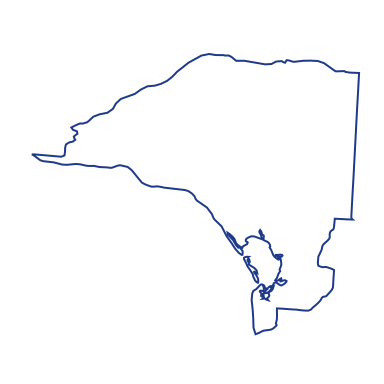 the State of Campeche, rotated 273°
{"feature_id": "MEX-2722", "entity_name": "Campeche", "entity_type": "State", "adm_level": 1, "iso_a3": "MEX", "parent_name": "Mexico", "parent_adm1": "", "projection": "equal_earth", "projection_center": [-91.225, 19.313], "detail": "fine", "context": "isolated", "style": "outline", "palette": "blue", "viewbox_px": 384, "rotation_deg": 273, "n_neighbors": 0, "source": "natural_earth", "source_scale": "10m", "svg_char_len": 5218}
<svg xmlns="http://www.w3.org/2000/svg" viewBox="0 0 384 384"><g transform="rotate(273 192 192)"><path d="M320.7,337.8L320.0,338.9L319.5,343.2L319.6,352.6L302.0,352.6L284.3,352.5L266.7,352.5L249.1,352.5L231.5,352.5L213.9,352.5L196.3,352.4L178.7,352.4L175.2,352.4L173.6,353.0L172.9,353.9L172.8,348.6L172.8,343.3L172.8,338.0L172.8,336.0L168.0,335.8L165.7,335.7L163.4,335.5L162.3,335.2L161.6,334.5L161.0,333.6L160.1,332.6L158.7,331.9L157.1,331.7L155.5,331.8L154.0,331.9L152.5,331.5L151.0,330.3L149.5,328.9L148.3,327.6L146.9,326.3L145.6,325.4L144.2,324.9L142.4,324.7L140.9,324.4L139.6,323.9L138.2,323.3L136.7,322.7L135.8,322.3L134.9,321.9L134.0,321.6L133.0,321.5L131.2,321.5L128.9,321.4L126.6,321.5L125.0,322.1L124.8,322.6L124.4,323.6L124.1,324.7L123.9,325.4L123.8,326.5L123.9,327.8L124.1,328.9L124.1,329.8L123.7,331.7L123.0,334.3L122.1,336.8L121.5,337.9L117.6,337.9L113.7,337.8L109.8,337.8L105.9,337.8L103.3,337.6L100.8,336.2L98.4,334.3L96.2,332.5L94.9,331.4L94.5,329.8L94.1,328.1L92.6,326.9L91.4,326.5L90.3,325.8L89.3,325.0L88.3,324.2L86.4,322.4L84.6,320.5L82.8,318.6L80.8,316.9L79.6,314.4L79.5,310.3L79.7,305.8L80.0,302.6L80.0,297.7L80.1,292.8L80.2,287.9L80.2,282.9L76.6,283.1L72.8,283.4L69.0,283.4L65.4,282.7L64.7,282.8L64.1,283.2L63.6,283.5L62.7,283.1L62.1,282.4L61.4,281.7L60.8,281.1L60.1,280.4L58.9,278.5L58.2,275.9L57.8,273.2L57.2,270.6L56.3,268.8L55.1,266.8L54.1,264.7L53.3,262.9L59.8,260.5L68.8,259.8L77.3,258.8L87.4,257.2L93.9,257.5L96.3,258.3L98.5,261.4L102.8,265.1L103.3,265.8L103.3,267.0L102.8,268.3L102.0,269.2L101.1,269.4L101.5,268.7L101.7,268.0L100.8,268.5L99.8,268.7L97.6,268.8L96.8,268.3L96.9,267.1L97.2,265.9L96.7,265.0L96.2,264.9L95.7,265.2L94.1,266.9L93.7,266.9L93.4,266.6L92.6,266.4L91.5,266.7L91.3,267.3L91.8,267.8L92.9,268.0L92.9,268.8L91.9,269.1L90.9,269.2L89.9,268.8L89.1,268.0L89.2,268.6L89.2,269.1L89.3,269.5L89.6,270.2L89.0,270.9L88.5,271.7L88.2,272.7L87.9,273.8L88.4,273.4L89.6,272.4L91.1,273.9L91.9,274.4L92.9,274.6L94.7,273.9L95.8,273.7L96.2,274.2L96.8,275.6L98.0,276.9L99.6,277.8L101.1,278.2L99.0,276.1L96.7,274.3L95.0,272.1L94.6,268.8L96.2,269.8L97.1,270.8L98.1,271.1L100.0,270.2L99.0,272.4L100.1,272.9L101.1,273.7L101.9,274.8L102.2,276.1L101.1,275.4L101.0,275.7L101.0,276.0L100.6,276.1L102.0,277.3L105.2,278.5L106.1,279.8L105.8,281.3L103.8,284.4L103.3,286.0L104.0,287.4L105.4,289.3L107.0,290.8L108.0,291.1L108.8,289.4L108.4,287.9L107.7,286.2L107.1,284.2L107.8,285.1L108.6,285.6L109.5,285.8L110.4,285.6L109.6,284.2L108.4,282.9L107.7,281.4L108.3,279.8L110.3,281.2L115.2,282.8L117.6,284.2L119.1,283.5L122.7,284.7L124.7,285.0L128.6,284.3L130.4,283.7L131.8,282.7L131.9,284.2L132.5,285.3L133.2,285.7L134.0,285.0L134.1,283.7L133.6,280.5L133.5,279.0L132.9,279.0L132.8,279.6L132.5,280.4L132.4,281.2L131.5,281.3L129.4,282.5L129.0,282.0L129.4,280.9L131.2,278.3L131.8,277.6L133.7,276.2L138.3,274.1L140.6,272.4L141.8,273.0L143.2,272.6L144.6,271.8L145.5,271.0L146.2,269.8L147.6,266.4L148.0,265.8L150.7,266.0L152.0,266.0L152.6,265.4L153.3,264.3L156.4,263.1L157.6,262.0L156.2,261.3L155.2,261.5L153.2,262.8L149.4,264.2L148.3,265.0L150.8,256.9L150.9,253.5L149.3,250.3L148.0,248.7L147.3,248.3L146.4,248.2L145.6,248.5L145.2,249.1L145.0,249.9L144.4,250.3L142.8,249.7L140.5,245.9L139.0,245.2L140.1,242.6L141.7,240.2L143.5,238.5L147.3,236.9L149.7,234.6L151.9,231.9L153.2,229.7L151.3,230.2L146.1,235.6L140.9,239.0L138.8,241.2L139.0,243.8L138.2,244.3L137.8,243.8L136.0,245.4L135.0,245.7L133.5,245.8L131.9,245.6L131.8,244.8L133.6,242.0L137.7,238.0L142.8,234.4L149.6,228.9L159.2,223.4L165.8,215.8L167.4,214.7L171.0,213.0L177.3,207.7L183.6,197.5L185.2,196.0L187.8,194.8L190.5,192.0L192.7,188.4L193.6,184.9L194.9,164.1L195.6,159.6L195.8,157.4L195.6,155.0L195.3,153.3L195.2,151.5L195.8,149.0L197.3,144.5L198.8,141.4L203.4,137.2L210.6,130.7L213.7,126.4L214.4,121.9L214.8,120.4L214.9,118.5L214.5,116.6L212.1,110.9L211.9,109.6L211.9,108.6L212.1,106.5L212.1,98.3L212.9,93.0L212.6,87.0L212.8,84.7L213.8,78.7L213.9,74.4L212.6,65.7L212.6,61.0L214.4,52.0L215.0,41.6L215.8,38.8L220.2,32.2L221.2,30.1L221.3,33.1L220.4,59.6L221.8,62.7L225.6,63.1L229.5,63.0L232.8,63.6L235.0,66.6L236.1,70.4L238.1,72.7L239.6,71.6L241.2,71.1L242.7,72.7L244.1,74.5L246.5,74.0L247.9,69.9L250.1,68.1L253.3,73.8L254.6,76.7L254.6,79.3L256.1,83.5L257.4,85.1L262.0,89.4L264.8,95.8L266.7,103.4L270.9,108.7L276.4,111.4L281.2,116.0L287.0,129.8L291.5,135.4L295.2,141.9L296.3,149.5L298.4,155.4L301.8,161.5L306.2,166.4L311.3,170.8L320.9,181.7L328.7,194.2L330.7,201.8L330.0,208.4L330.3,216.3L330.0,217.9L330.2,221.6L329.0,224.3L325.3,229.3L325.8,237.3L323.3,258.4L324.0,264.7L326.7,269.2L327.4,274.8L326.4,276.4L326.0,278.2L327.3,278.8L328.6,279.7L328.4,282.2L327.7,284.6L327.3,286.9L328.9,296.5L329.4,304.0L329.4,310.8L327.6,317.1L320.9,327.6L320.0,329.2L320.7,337.8ZM124.2,249.6L127.7,247.5L129.1,247.4L129.6,248.2L130.0,249.1L130.2,250.2L130.2,251.8L129.9,251.4L129.6,251.0L127.9,252.5L126.9,253.0L125.8,253.2L126.2,252.4L126.7,251.8L127.3,251.4L128.0,251.0L126.4,251.2L123.7,252.7L122.5,252.6L119.4,258.2L117.1,260.6L114.3,261.4L116.0,257.6L111.8,260.9L109.3,262.3L106.9,262.8L105.3,262.8L104.8,262.6L105.1,261.8L106.3,260.2L107.2,259.5L110.7,257.6L113.0,257.0L117.3,254.0L120.5,251.4L124.2,249.6Z" fill="none" stroke="#1e3a8a" stroke-width="2"/></g></svg>